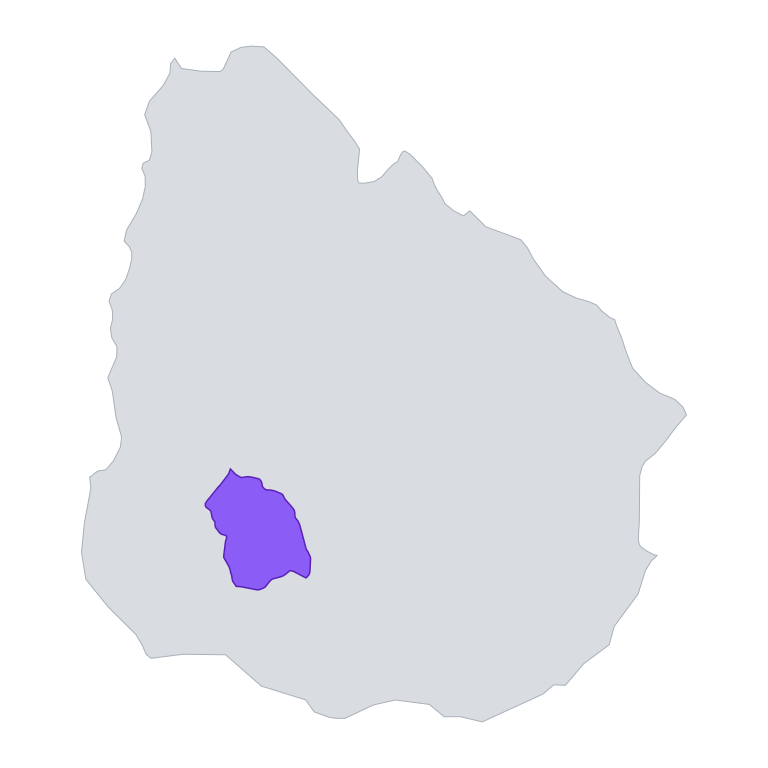 Flores on a map of Uruguay (Natural Earth projection)
{"feature_id": "URY-7", "entity_name": "Flores", "entity_type": "Department", "adm_level": 1, "iso_a3": "URY", "parent_name": "Uruguay", "parent_adm1": "", "projection": "natural_earth1", "projection_center": [-56.945, -33.556], "detail": "fine", "context": "in_parent", "style": "filled", "palette": "violet", "viewbox_px": 768, "rotation_deg": 0, "n_neighbors": 0, "source": "natural_earth", "source_scale": "10m", "svg_char_len": 3402}
<svg xmlns="http://www.w3.org/2000/svg" viewBox="0 0 768 768"><path d="M657.1,555.5L651.5,560.7L645.4,570.5L638.1,594.0L614.2,626.4L609.2,644.7L583.6,663.8L565.4,685.3L553.7,684.8L543.1,694.0L482.2,721.9L460.4,716.7L444.2,716.7L429.3,704.4L395.1,700.0L373.6,704.9L344.7,718.4L336.0,718.2L329.8,717.5L314.2,711.9L305.7,699.9L261.3,686.1L225.6,654.8L183.3,654.2L151.0,658.3L146.0,654.1L142.7,646.1L135.9,634.5L108.0,606.8L85.9,579.3L81.5,552.3L84.4,522.9L90.9,488.1L89.7,477.2L97.8,471.0L105.8,469.8L113.5,460.8L120.4,447.2L121.6,436.9L116.1,417.8L112.3,391.1L107.8,377.8L116.7,356.9L117.0,346.7L111.8,337.7L110.4,328.5L112.7,319.1L112.3,310.0L109.0,301.2L111.4,294.0L119.6,288.3L125.7,279.6L129.7,267.8L131.7,258.8L131.8,252.5L129.3,246.7L124.2,241.2L126.5,230.2L136.2,213.8L142.5,199.2L145.3,186.5L145.1,176.2L141.8,168.4L143.2,163.1L149.2,160.4L151.9,152.1L150.9,131.6L144.7,114.7L149.4,101.2L163.0,85.7L170.0,73.2L170.6,63.7L174.8,58.2L181.4,68.5L200.7,71.2L220.2,71.6L223.3,69.0L231.0,52.1L241.1,47.3L252.0,46.1L264.0,46.9L276.8,58.1L312.9,94.6L339.4,119.9L347.4,131.8L354.4,140.8L359.6,149.1L357.4,170.8L357.7,180.3L358.9,183.0L364.9,183.2L373.9,181.6L381.5,177.0L387.4,170.1L393.2,164.4L397.9,161.4L399.6,156.8L402.3,152.0L405.0,151.0L410.3,154.5L422.6,166.9L432.1,178.4L434.4,184.9L438.1,191.7L442.0,197.7L444.8,203.5L454.0,211.0L463.4,215.8L469.8,210.9L485.7,226.7L520.9,239.8L527.4,247.8L533.4,259.1L545.6,276.2L562.6,291.6L576.3,298.1L589.4,301.8L596.8,305.2L601.8,311.1L609.7,317.4L614.8,319.8L616.5,325.5L621.6,337.9L626.8,353.6L632.6,368.2L645.3,382.2L659.7,393.1L674.6,399.3L682.9,407.0L686.5,414.9L676.3,426.7L665.2,441.5L655.4,453.2L645.3,461.3L642.0,466.9L639.7,475.6L639.3,521.7L638.3,538.8L639.0,543.4L640.4,546.4L646.6,551.0L654.1,554.8L657.1,555.5Z" fill="#d9dde1" stroke="#a8b0b8" stroke-width="1"/><path d="M230.4,469.0L235.8,474.5L240.4,477.2L241.7,477.5L247.8,476.6L251.6,477.1L258.2,478.7L259.5,479.2L260.0,479.7L260.8,480.7L261.5,482.0L261.9,483.3L262.3,485.7L262.6,486.7L263.2,487.6L264.6,488.9L265.6,489.5L266.6,489.9L271.1,490.1L274.9,491.0L281.2,493.6L282.4,494.4L282.8,494.9L285.0,499.2L292.0,507.1L292.6,507.9L293.3,508.7L293.9,509.7L294.3,510.5L294.6,511.8L294.8,512.6L294.9,516.0L295.1,516.8L295.8,518.4L298.0,521.0L299.7,524.7L306.2,549.1L307.9,551.7L309.8,555.7L310.3,557.2L310.6,558.4L309.9,571.5L309.8,572.4L309.6,573.2L309.3,573.9L309.0,574.6L308.6,575.2L308.2,575.7L307.3,576.8L305.9,577.9L293.5,571.4L290.0,570.6L285.4,574.4L283.0,575.9L280.4,576.9L272.7,578.9L272.2,579.2L271.8,579.4L269.9,581.1L265.2,587.0L264.3,587.6L263.0,588.3L260.2,589.4L258.6,589.8L257.3,589.9L240.9,586.7L236.1,586.4L235.2,584.8L233.2,582.0L232.8,581.4L232.6,580.8L232.2,579.3L231.7,575.8L231.4,574.8L231.1,574.0L230.6,572.4L230.3,570.4L230.1,569.6L228.8,566.3L224.0,557.9L223.8,557.4L223.7,556.9L223.8,555.2L225.5,541.5L225.7,540.7L225.9,539.9L226.2,539.3L226.4,538.6L226.6,537.9L226.6,537.1L226.3,536.1L225.7,535.6L225.1,535.2L221.9,534.4L221.2,534.1L220.1,533.3L219.1,532.3L216.8,529.0L216.3,528.5L215.9,528.0L215.5,527.4L215.3,526.6L215.1,525.5L215.1,523.9L214.8,522.1L214.7,521.7L212.8,519.1L212.5,518.5L212.2,517.8L211.0,511.8L210.7,511.2L210.3,510.6L209.9,510.1L209.4,509.6L206.5,507.6L206.0,507.1L205.7,506.5L205.4,505.8L205.3,504.9L205.3,503.6L206.6,501.4L218.5,486.7L220.0,485.3L228.1,474.6L228.8,473.4L230.4,469.0Z" fill="#8b5cf6" stroke="#5b21b6" stroke-width="1.5"/></svg>